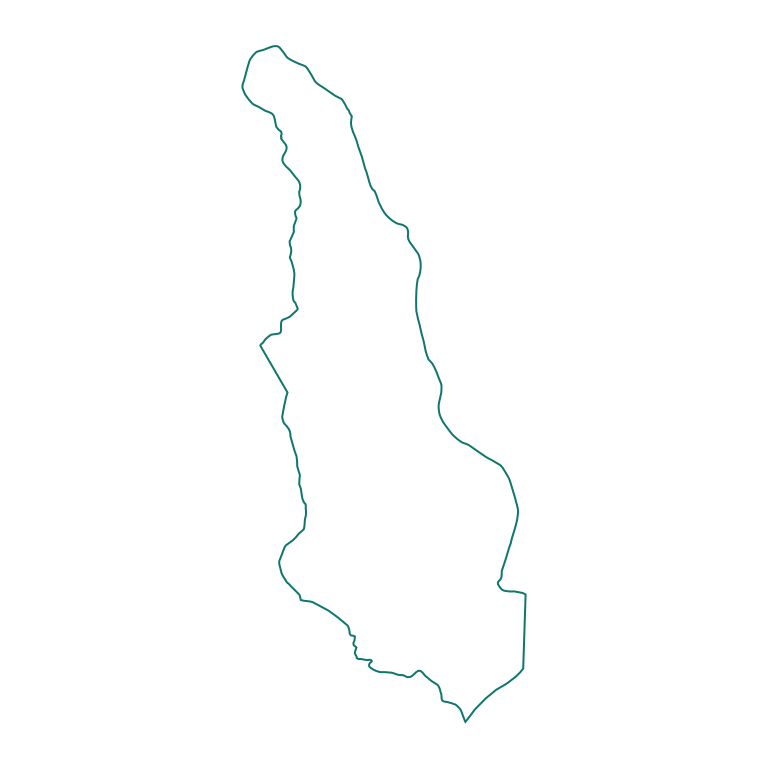 the district of Mercedes de Oriente, La Paz, Honduras
{"feature_id": "27666195B10683229568553", "entity_name": "Mercedes de Oriente", "entity_type": "district", "adm_level": 2, "iso_a3": "HND", "parent_name": "Honduras", "parent_adm1": "La Paz", "projection": "robinson", "projection_center": [-87.785, 13.926], "detail": "fine", "context": "isolated", "style": "outline", "palette": "teal", "viewbox_px": 768, "rotation_deg": 0, "n_neighbors": 0, "source": "geoboundaries", "source_scale": "gbopen_adm2", "svg_char_len": 6081}
<svg xmlns="http://www.w3.org/2000/svg" viewBox="0 0 768 768"><path d="M242.7,84.3L242.4,86.6L242.6,88.3L243.6,90.9L245.1,94.4L245.6,95.1L248.6,99.3L251.9,103.1L252.7,103.8L253.8,104.6L258.9,107.0L264.8,110.5L266.1,111.1L269.0,112.1L271.6,113.4L272.6,114.2L273.4,115.3L274.0,116.5L274.5,118.2L276.2,126.5L276.8,127.5L278.2,129.2L279.1,130.1L280.7,131.2L281.3,132.1L281.6,133.9L281.5,134.7L281.0,135.8L281.0,136.4L281.5,137.3L281.1,138.2L281.1,138.6L285.6,144.5L286.2,145.6L286.5,146.5L286.6,147.5L286.6,148.4L286.1,150.4L285.3,152.2L283.4,155.4L282.7,157.4L282.5,158.5L282.4,159.7L282.5,160.9L282.8,161.8L283.6,163.4L284.7,164.9L286.3,166.7L288.8,169.0L290.1,170.3L294.4,175.8L298.1,180.2L299.0,181.6L299.6,183.1L300.0,184.6L300.2,186.1L300.1,188.6L299.9,189.7L299.3,191.3L299.2,192.9L299.5,195.8L300.3,198.6L300.6,200.1L300.7,202.3L300.4,204.2L300.1,205.5L299.4,206.6L297.8,208.6L295.9,210.1L295.4,210.8L295.1,211.5L295.0,212.8L295.4,215.2L295.8,216.5L296.5,218.0L296.5,218.6L293.8,226.0L293.7,229.0L293.9,231.5L293.8,232.1L290.7,239.1L289.8,240.8L289.6,241.6L289.9,244.6L290.2,245.8L291.0,247.7L291.2,249.7L291.2,251.0L290.9,253.4L290.4,255.6L289.9,257.0L289.9,257.8L290.2,258.6L291.4,261.1L292.3,264.0L293.7,269.3L294.4,273.7L294.3,276.5L293.8,282.6L293.3,287.7L292.6,291.8L292.6,294.1L292.9,297.7L293.3,299.8L293.7,300.9L294.0,301.5L294.8,302.2L295.3,302.8L297.5,308.1L297.7,308.7L297.6,309.0L297.3,309.7L296.7,310.4L289.7,316.8L286.4,318.4L283.2,319.6L282.4,320.1L281.8,320.7L281.4,321.6L281.1,322.8L281.0,325.9L281.1,329.5L281.0,330.7L280.7,332.0L280.1,332.9L279.4,333.3L278.2,333.7L271.6,334.6L271.0,334.8L268.3,336.7L265.8,338.9L265.1,339.7L263.1,342.5L262.2,343.4L260.9,344.4L260.4,345.3L260.5,346.0L287.5,392.5L286.2,396.7L284.1,406.2L282.4,415.6L282.2,416.9L282.4,418.1L283.0,420.7L283.7,422.7L284.4,423.7L286.4,425.8L288.5,428.6L289.4,430.3L290.1,432.3L290.4,434.1L290.4,436.2L290.6,437.0L294.8,451.7L296.1,455.0L296.5,456.4L297.1,461.2L297.2,466.2L298.7,471.4L299.8,474.7L299.9,475.5L299.5,478.5L299.2,484.2L300.8,488.7L302.4,498.7L303.7,501.9L304.4,502.9L305.5,504.1L305.8,505.2L305.7,507.7L306.0,511.7L306.0,513.9L305.7,516.3L304.9,519.4L304.5,525.5L304.0,528.5L303.6,529.4L302.4,530.6L298.6,533.9L296.1,537.0L293.9,539.3L292.7,540.4L286.2,545.1L285.4,546.0L284.6,547.3L283.8,549.2L281.4,555.7L279.5,560.5L279.2,561.7L279.2,562.9L279.3,564.1L281.1,571.4L281.5,573.1L282.6,575.4L287.0,582.5L288.8,583.9L291.4,586.7L299.3,594.6L299.6,595.1L300.7,599.3L300.8,600.0L303.6,600.7L310.2,601.5L312.6,602.1L328.8,610.8L337.8,617.4L344.0,622.5L347.6,625.6L348.2,626.5L349.0,629.0L349.5,631.1L349.7,633.5L350.2,634.6L350.7,635.2L351.2,635.5L353.1,635.7L354.7,636.3L354.9,636.5L354.8,637.8L354.5,640.1L354.2,641.3L353.5,642.7L353.4,643.7L353.6,644.6L353.9,645.4L356.2,647.2L356.4,647.5L354.9,652.2L354.8,653.1L355.0,653.8L356.5,656.3L356.8,657.3L356.7,658.0L358.3,659.0L360.0,659.0L361.8,659.1L365.0,659.8L366.8,660.0L367.9,660.1L369.0,659.8L369.8,659.8L371.3,660.3L371.7,660.8L371.8,661.1L371.7,661.5L371.0,662.2L370.0,662.8L369.5,663.6L369.2,664.6L369.0,665.6L369.4,666.6L370.7,667.9L373.4,669.6L376.1,670.9L379.2,671.9L380.9,672.1L384.5,672.1L391.7,672.7L394.7,673.6L398.0,674.8L400.7,675.1L403.0,675.1L406.3,676.7L407.2,677.1L407.7,677.2L410.5,676.8L411.6,676.3L413.5,674.7L416.0,672.3L417.9,671.0L418.6,670.8L419.4,670.8L420.3,670.9L421.0,671.3L422.6,672.6L424.7,675.3L431.3,680.9L436.4,684.1L437.5,684.8L438.2,685.7L438.8,686.7L439.5,688.2L440.1,690.0L440.6,692.4L441.3,693.9L441.7,699.0L442.0,699.9L442.4,700.6L443.1,701.1L443.7,701.4L447.5,702.1L451.7,703.2L453.9,704.1L455.3,704.5L457.2,705.9L458.8,707.5L460.1,709.1L461.0,710.5L464.7,720.4L465.4,721.9L470.0,716.0L474.8,709.5L484.3,699.9L486.2,698.0L496.2,689.8L506.9,683.5L516.0,676.5L520.4,672.1L523.2,668.5L525.6,594.5L523.2,593.2L521.9,592.8L514.1,591.4L510.1,591.5L507.2,591.2L504.8,590.8L503.0,590.2L502.2,589.8L501.5,589.2L499.7,587.1L498.4,584.9L498.0,584.2L497.9,583.5L497.9,582.6L498.3,581.7L500.3,579.5L500.9,578.5L501.4,577.3L501.7,575.1L501.7,571.7L501.9,570.6L505.5,559.8L509.0,548.1L510.9,542.8L511.8,538.5L514.2,530.9L516.1,524.2L517.1,519.8L517.8,514.8L518.0,512.5L518.0,510.3L517.8,508.8L517.1,505.6L514.8,497.0L509.9,480.7L508.6,477.7L505.4,472.2L502.6,467.7L500.7,465.5L499.7,464.8L491.6,460.0L488.1,458.2L486.5,457.3L477.5,451.2L469.0,445.2L467.0,444.2L463.8,443.1L462.3,442.5L460.5,441.4L457.5,439.2L452.8,435.0L450.4,432.1L446.5,426.9L443.7,423.0L442.4,420.8L440.8,417.6L439.8,415.0L439.2,412.6L438.8,409.6L438.6,406.5L438.7,404.9L439.1,402.3L441.3,392.5L441.5,388.1L441.5,385.8L441.3,384.6L440.7,382.7L438.9,378.4L436.7,372.5L434.4,367.3L433.3,365.3L432.3,363.6L430.5,361.5L428.6,359.6L427.0,355.5L425.7,351.2L423.7,341.5L421.3,332.5L419.6,324.9L417.8,318.0L416.4,311.4L416.2,307.5L416.1,300.1L416.4,290.6L416.9,284.5L417.6,279.7L417.9,278.7L419.1,276.2L419.8,273.4L420.4,270.5L420.7,267.0L420.7,264.3L420.5,261.8L420.0,259.3L419.3,256.7L418.5,254.4L417.9,253.3L415.8,250.5L412.3,245.5L410.2,242.8L408.7,240.1L408.2,238.6L407.9,236.9L407.9,235.7L408.1,233.6L408.0,231.0L407.6,229.4L406.9,227.9L406.4,227.3L405.4,226.5L403.4,225.3L401.7,224.6L399.3,224.1L397.7,223.7L396.2,223.0L394.5,222.0L392.0,220.4L390.2,218.9L387.7,216.6L386.0,214.8L384.3,212.6L382.0,208.9L378.9,202.6L376.3,195.0L375.0,191.9L374.3,190.7L373.1,189.8L372.5,189.3L370.9,186.6L370.0,184.3L366.4,171.8L365.2,168.8L361.9,156.8L358.2,146.5L357.1,142.6L356.4,140.2L355.1,136.8L353.2,132.4L351.7,127.8L351.2,125.3L351.0,122.6L351.3,119.5L351.8,116.3L350.8,114.8L349.8,113.2L349.3,111.9L348.9,110.6L347.6,109.2L347.1,108.4L344.9,104.0L342.9,100.8L341.9,99.4L341.4,98.9L335.6,96.0L331.4,93.2L324.4,88.3L319.4,85.1L317.1,83.5L315.8,82.2L314.6,80.7L311.7,75.4L310.0,72.6L307.5,68.7L306.1,67.0L305.1,66.2L303.8,65.6L299.1,63.8L293.4,61.2L290.3,59.6L288.0,58.1L287.1,57.4L286.3,56.4L283.0,51.7L279.7,47.7L278.3,46.6L276.6,46.1L274.6,46.1L272.5,46.5L270.0,47.3L264.0,49.7L258.2,51.3L257.0,51.7L256.0,52.4L253.7,54.6L251.0,58.1L250.0,59.7L249.5,60.8L247.5,67.4L244.0,80.5L242.7,84.3Z" fill="none" stroke="#0f766e" stroke-width="2"/></svg>